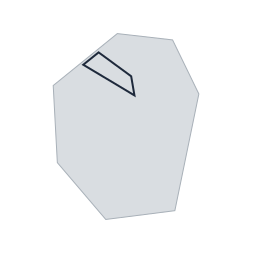 Nauru, with Ewa highlighted, rotated 342°
{"feature_id": "NRU-4977", "entity_name": "Ewa", "entity_type": "state/province", "adm_level": 1, "iso_a3": "NRU", "parent_name": "Nauru", "parent_adm1": "", "projection": "albers", "projection_center": [166.932, -0.502], "detail": "fine", "context": "in_parent", "style": "outline", "palette": "slate", "viewbox_px": 256, "rotation_deg": 342, "n_neighbors": 0, "source": "natural_earth", "source_scale": "10m", "svg_char_len": 373}
<svg xmlns="http://www.w3.org/2000/svg" viewBox="0 0 256 256"><g transform="rotate(342 128 128)"><path d="M205.9,117.5L147.0,221.1L78.6,208.1L50.1,139.1L70.0,64.5L147.0,34.9L197.6,58.0L205.9,117.5Z" fill="#d9dde1" stroke="#a8b0b8" stroke-width="1"/><path d="M105.0,54.0L123.4,47.0L147.0,79.8L144.2,99.0L105.0,54.0Z" fill="none" stroke="#1e293b" stroke-width="2"/></g></svg>